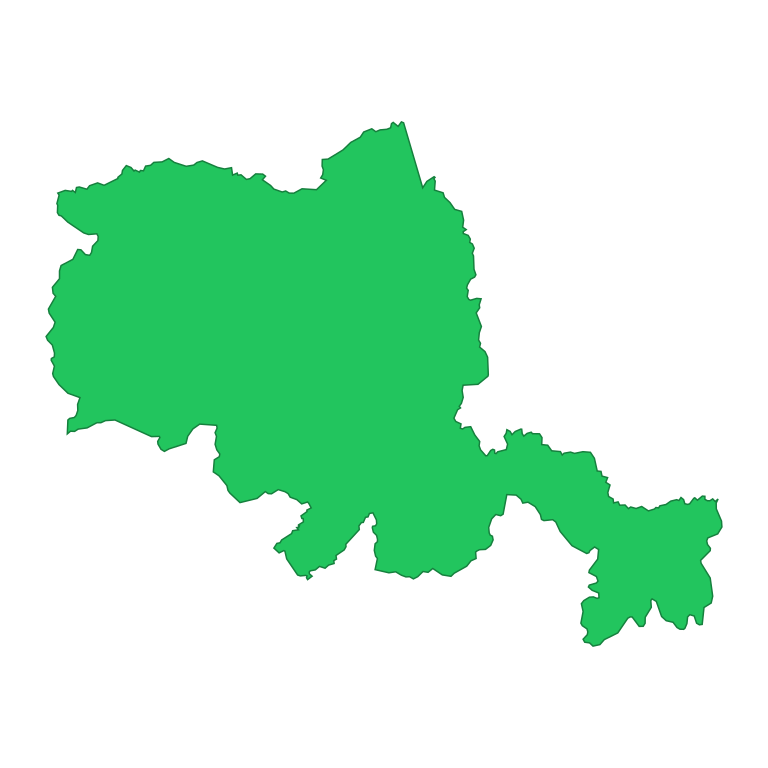 the district of Jopala, Puebla, Mexico
{"feature_id": "50627088B36485372872762", "entity_name": "Jopala", "entity_type": "district", "adm_level": 2, "iso_a3": "MEX", "parent_name": "Mexico", "parent_adm1": "Puebla", "projection": "albers", "projection_center": [-97.765, 20.202], "detail": "fine", "context": "isolated", "style": "filled", "palette": "green", "viewbox_px": 768, "rotation_deg": 0, "n_neighbors": 0, "source": "geoboundaries", "source_scale": "gbopen_adm2", "svg_char_len": 6068}
<svg xmlns="http://www.w3.org/2000/svg" viewBox="0 0 768 768"><path d="M593.0,646.1L599.9,644.6L604.3,639.6L617.8,632.9L627.8,618.2L630.2,616.9L632.2,617.0L639.2,626.4L643.2,626.3L645.1,623.3L645.2,617.3L651.3,607.3L650.8,600.5L652.1,598.9L656.3,601.4L661.6,616.5L666.2,620.7L673.1,622.3L677.0,627.5L679.9,629.2L683.7,629.3L684.9,628.3L686.9,623.6L687.6,616.9L689.8,614.7L694.2,616.0L696.6,623.2L699.4,624.8L702.2,624.4L704.0,607.5L711.2,603.0L712.7,596.2L710.2,578.0L701.1,563.3L700.6,560.4L710.2,550.7L710.4,548.3L707.5,544.5L706.7,540.9L707.8,537.9L717.7,533.9L721.9,527.0L721.5,521.1L716.3,508.9L716.2,503.0L718.1,499.0L715.2,501.5L712.7,498.9L709.8,500.8L707.3,500.7L704.9,499.3L704.9,496.3L702.3,496.1L697.4,500.2L694.8,497.8L693.8,498.3L689.6,503.9L687.5,504.4L684.8,503.7L683.6,499.6L681.0,497.5L678.9,500.5L676.7,499.7L670.8,501.1L666.0,504.5L659.9,505.8L658.6,507.9L655.9,507.5L654.5,509.0L648.4,510.9L641.7,506.5L636.1,508.5L630.7,507.0L628.4,508.6L625.1,505.0L619.7,505.2L618.1,501.9L613.6,502.9L613.1,499.0L608.6,496.5L607.8,492.5L610.0,485.0L605.8,482.3L607.6,477.6L602.0,476.1L601.0,471.4L597.2,471.0L594.4,458.3L590.4,452.3L582.9,451.7L574.5,453.4L570.5,452.1L564.1,453.2L562.2,455.0L560.4,451.6L551.7,450.8L547.7,445.2L541.7,444.6L542.0,437.6L539.5,433.8L532.5,433.7L531.2,432.2L527.1,433.4L523.8,436.1L522.2,433.7L521.7,429.2L520.8,429.1L515.2,431.5L512.0,434.7L510.1,431.4L506.9,429.7L506.2,433.3L504.1,436.5L507.6,444.1L506.3,449.6L497.7,451.8L496.1,453.6L494.8,453.3L494.5,450.0L492.8,449.3L490.7,450.5L487.3,455.6L485.8,455.8L480.6,449.9L479.1,445.8L479.7,441.5L474.8,435.0L470.7,426.7L464.9,427.4L462.6,429.0L460.3,428.2L461.0,423.9L455.8,421.5L453.9,418.2L457.6,409.7L460.5,407.9L459.2,406.3L461.4,403.4L463.2,397.4L462.1,390.5L463.1,385.2L478.0,384.3L488.0,376.1L488.3,374.7L487.6,357.2L485.0,351.6L479.6,347.1L480.5,343.3L478.6,340.0L479.3,332.7L481.4,326.5L476.2,312.9L479.7,307.8L479.2,304.8L481.1,298.8L476.7,298.4L470.5,300.2L468.8,299.4L467.2,296.6L468.2,290.3L466.6,288.2L467.4,284.9L470.6,279.2L474.6,277.1L475.9,274.8L474.0,269.3L473.5,255.9L472.3,253.3L474.2,248.2L472.4,244.0L469.7,242.4L470.3,239.1L468.2,235.4L463.3,233.5L463.2,231.7L466.2,229.6L462.7,227.2L463.6,220.2L461.7,211.4L454.7,209.4L450.0,202.6L444.5,197.4L443.1,192.8L434.5,190.1L435.2,181.1L433.9,178.8L435.0,177.4L434.1,176.7L426.9,181.4L422.7,187.8L403.6,122.8L401.4,121.9L398.1,126.4L393.2,122.4L391.5,123.6L390.6,127.8L386.8,129.3L380.1,129.9L375.8,131.7L371.8,128.8L363.7,132.0L360.3,137.2L350.8,142.4L342.9,150.0L328.0,159.1L322.3,159.5L322.1,166.1L323.4,169.7L322.7,174.7L320.7,178.0L326.3,180.3L316.5,189.7L302.0,188.8L293.8,193.2L289.2,193.1L285.7,191.0L282.2,192.0L273.9,189.1L270.6,185.5L262.4,179.8L265.5,176.2L262.7,174.1L255.7,173.9L250.0,178.7L246.4,179.4L241.0,174.8L237.9,175.2L237.2,173.1L232.6,175.1L231.5,167.7L224.6,169.0L217.6,167.4L202.4,160.9L197.0,162.5L193.7,165.1L186.2,166.3L174.2,162.4L168.8,158.5L162.1,161.9L153.8,162.4L150.6,165.3L145.6,166.1L143.5,170.8L140.4,170.5L139.5,172.1L135.1,170.1L134.0,171.0L131.0,167.5L126.3,165.6L122.5,170.4L121.9,174.0L117.9,177.3L117.9,178.5L104.1,185.3L97.6,182.9L89.6,185.7L86.9,189.2L79.3,187.0L76.5,187.5L75.3,192.5L72.5,190.4L71.5,191.4L65.2,190.4L57.8,193.1L59.1,195.2L56.9,203.6L57.7,205.3L57.4,212.6L59.0,215.3L61.3,215.9L67.9,222.2L83.7,232.9L88.5,234.5L96.8,233.8L98.2,236.4L97.9,240.6L92.6,246.2L91.5,252.5L89.7,255.3L85.4,254.6L80.9,249.8L77.7,249.5L72.9,259.3L61.1,265.5L59.5,270.9L59.5,278.7L52.4,287.3L53.1,293.3L55.7,296.3L48.4,309.1L49.2,313.2L55.1,322.2L53.4,327.4L46.1,336.5L47.6,340.2L52.3,345.0L54.5,353.0L54.3,356.9L51.4,358.5L51.2,360.2L54.4,366.1L52.7,373.6L53.5,376.6L59.0,384.6L68.0,393.3L80.0,397.6L77.6,404.4L77.8,410.5L76.1,415.5L74.3,417.5L69.7,418.4L67.9,420.0L67.3,433.9L70.5,431.2L74.6,431.4L78.2,429.1L87.1,427.9L96.9,422.7L100.9,422.7L105.5,420.6L115.0,420.0L151.5,436.6L159.4,436.4L159.9,437.6L157.7,441.4L158.0,444.1L161.0,449.3L164.4,451.4L169.2,448.8L186.0,443.4L187.7,436.3L192.9,428.9L199.7,424.1L216.6,425.3L217.1,428.1L215.1,432.7L216.5,436.3L215.1,444.3L216.8,449.8L219.8,454.0L219.3,456.7L214.3,459.8L213.3,471.9L219.0,475.8L226.9,485.6L228.0,490.4L229.9,493.1L240.0,502.6L257.1,498.4L265.3,491.6L268.2,493.6L271.5,493.8L278.2,489.6L285.0,491.7L288.1,493.6L290.2,497.2L296.8,499.6L301.7,503.9L307.6,502.0L308.8,503.4L311.2,507.9L306.9,510.1L307.0,511.6L301.0,515.9L301.9,518.5L303.2,518.6L303.4,521.9L298.5,524.9L298.5,526.6L299.8,525.2L298.7,527.5L296.8,527.6L298.5,529.8L292.7,530.7L291.6,533.6L281.6,540.0L280.0,542.8L276.9,543.4L273.9,548.1L279.1,552.9L283.8,550.6L284.9,551.1L286.7,558.9L297.6,575.0L300.3,575.9L305.8,575.4L307.1,576.0L306.5,577.7L307.6,579.6L312.1,576.2L309.4,573.8L309.2,572.0L310.3,570.8L315.3,569.9L319.5,566.4L325.1,568.2L328.6,565.1L334.1,563.5L333.8,560.6L336.5,559.1L336.0,555.5L344.2,549.9L346.0,546.7L345.8,544.3L359.3,529.6L358.9,525.9L361.4,522.6L363.3,522.4L365.5,517.3L368.0,516.9L369.4,513.5L372.9,512.8L376.4,519.9L376.7,523.8L375.5,525.8L372.6,526.3L372.3,527.7L373.4,532.2L376.6,535.4L377.5,539.3L377.4,541.7L375.1,543.8L374.3,550.4L375.6,556.1L377.4,558.5L375.1,569.6L388.9,572.8L395.7,571.8L401.4,575.2L405.9,576.9L409.6,576.7L413.4,578.9L417.7,576.7L423.0,571.5L428.1,572.3L432.8,568.5L442.3,574.9L451.0,576.3L454.2,573.2L466.7,566.2L471.0,560.8L476.1,558.5L475.6,552.1L476.9,551.0L479.5,549.7L485.5,549.4L490.7,545.4L493.1,539.9L492.4,536.2L490.2,535.1L489.2,532.9L488.7,527.4L491.7,518.8L495.8,514.5L500.7,515.7L503.1,514.2L506.8,494.6L516.2,495.1L521.0,499.2L522.8,503.1L528.0,502.2L535.2,506.6L540.4,514.6L541.5,519.4L543.9,520.6L552.7,519.7L555.8,522.0L560.2,531.5L572.0,545.7L586.7,553.5L588.9,552.7L590.0,550.5L594.6,547.0L598.6,549.5L597.7,559.1L589.4,570.1L588.9,572.6L596.4,576.5L598.0,581.1L596.4,583.0L589.3,585.1L588.4,587.0L592.1,590.3L598.7,593.0L599.0,597.7L597.1,598.4L593.4,596.9L589.4,597.2L583.8,600.6L581.4,603.7L583.1,611.5L580.9,623.2L582.3,625.7L587.0,628.9L587.8,631.9L587.3,634.7L583.1,639.2L584.7,642.2L589.6,642.9L593.0,646.1Z" fill="#22c55e" stroke="#15803d" stroke-width="1.5"/></svg>